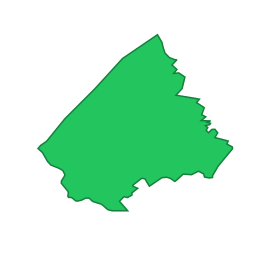 the Province of West Flanders, rotated 340°
{"feature_id": "BEL-3479", "entity_name": "West Flanders", "entity_type": "Province", "adm_level": 1, "iso_a3": "BEL", "parent_name": "Belgium", "parent_adm1": "", "projection": "robinson", "projection_center": [3.055, 51.038], "detail": "fine", "context": "isolated", "style": "filled", "palette": "green", "viewbox_px": 256, "rotation_deg": 340, "n_neighbors": 0, "source": "natural_earth", "source_scale": "10m", "svg_char_len": 1398}
<svg xmlns="http://www.w3.org/2000/svg" viewBox="0 0 256 256"><g transform="rotate(340 128 128)"><path d="M59.8,179.9L58.3,179.8L55.6,179.4L54.3,178.9L53.3,177.6L51.7,174.7L50.9,173.9L48.7,173.0L48.1,172.2L48.3,171.2L49.7,168.6L49.9,167.1L46.4,157.0L47.4,154.9L51.7,151.6L52.7,150.2L52.2,145.6L49.3,142.2L42.8,136.4L41.0,132.0L39.2,121.8L36.4,116.5L40.1,114.4L47.0,112.6L71.9,97.7L109.9,80.0L146.7,60.8L187.6,50.4L189.2,59.2L188.5,64.9L188.4,70.3L191.0,76.0L195.4,79.9L196.7,80.4L196.9,80.8L190.9,83.8L194.0,89.8L189.6,92.3L194.6,93.6L198.9,99.6L192.3,109.5L184.3,113.6L205.0,125.3L201.1,127.6L206.6,135.0L201.8,140.7L204.9,144.1L199.3,146.1L208.1,149.6L204.4,149.6L207.2,151.8L206.0,152.8L201.6,152.3L203.1,154.9L200.6,156.9L202.1,160.0L206.3,158.0L209.2,158.9L210.7,163.2L206.4,166.7L217.7,174.5L215.4,176.9L219.6,181.5L219.2,183.2L207.7,189.9L199.5,194.8L191.2,201.7L190.5,203.5L188.7,203.0L187.6,202.9L183.1,200.3L183.4,197.1L179.4,192.7L171.7,193.6L164.1,190.2L155.9,193.6L153.7,194.2L150.6,189.8L147.5,187.5L142.8,186.3L128.2,190.0L128.0,189.2L126.5,181.5L123.6,180.0L113.0,183.4L112.8,184.5L116.5,188.0L109.6,190.3L108.8,192.4L103.6,193.2L101.0,191.3L99.8,191.6L94.9,194.0L98.6,203.5L99.4,205.7L84.7,200.3L81.3,198.0L80.4,196.6L77.9,192.0L76.9,190.5L70.1,185.3L68.8,183.5L68.3,182.0L67.4,180.6L65.0,179.6L63.2,179.5L59.8,179.9Z" fill="#22c55e" stroke="#15803d" stroke-width="1.5"/></g></svg>